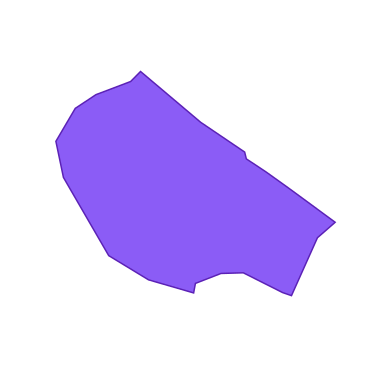 Gwangjin-gu, Seoul, South Korea (Robinson projection), rotated 109°
{"feature_id": "91817680B49246193334347", "entity_name": "Gwangjin-gu", "entity_type": "district", "adm_level": 2, "iso_a3": "KOR", "parent_name": "South Korea", "parent_adm1": "Seoul", "projection": "robinson", "projection_center": [127.088, 37.539], "detail": "fine", "context": "isolated", "style": "filled", "palette": "violet", "viewbox_px": 384, "rotation_deg": 109, "n_neighbors": 0, "source": "geoboundaries", "source_scale": "gbopen_adm2", "svg_char_len": 440}
<svg xmlns="http://www.w3.org/2000/svg" viewBox="0 0 384 384"><g transform="rotate(109 192 192)"><path d="M257.6,64.2L194.4,58.5L174.6,47.1L174.0,46.8L156.8,102.1L148.9,128.6L143.0,151.4L137.1,155.2L123.3,206.4L94.8,279.9L107.5,286.0L131.2,314.5L150.9,329.6L188.4,337.2L220.1,318.3L279.3,250.0L289.2,204.5L286.9,157.6L277.3,159.0L259.6,138.1L251.7,117.2L257.6,73.6L257.6,64.2Z" fill="#8b5cf6" stroke="#5b21b6" stroke-width="1.5"/></g></svg>